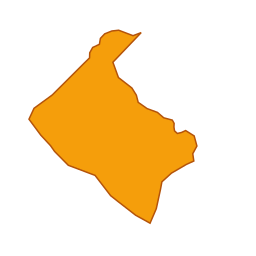 the County of Mityana, rotated 140°
{"feature_id": "UGA-3094", "entity_name": "Mityana", "entity_type": "County", "adm_level": 1, "iso_a3": "UGA", "parent_name": "Uganda", "parent_adm1": "", "projection": "robinson", "projection_center": [32.026, 0.462], "detail": "fine", "context": "isolated", "style": "filled", "palette": "amber", "viewbox_px": 256, "rotation_deg": 140, "n_neighbors": 0, "source": "natural_earth", "source_scale": "10m", "svg_char_len": 718}
<svg xmlns="http://www.w3.org/2000/svg" viewBox="0 0 256 256"><g transform="rotate(140 128 128)"><path d="M123.7,65.5L136.6,65.0L142.7,60.0L158.2,48.0L172.3,40.9L178.2,56.2L182.8,77.6L184.8,87.3L183.7,112.9L197.7,137.8L199.3,157.2L198.7,164.3L199.4,178.6L198.2,198.4L187.3,203.5L164.8,202.0L158.8,202.5L119.2,205.9L112.4,206.4L109.0,210.2L103.3,212.4L96.1,210.5L91.5,214.4L85.3,215.1L78.0,212.7L72.3,208.9L64.8,195.5L56.6,192.6L97.3,188.1L102.9,172.8L99.3,156.1L100.5,147.8L103.7,141.1L100.9,130.6L95.4,121.0L94.1,112.9L89.0,105.6L89.7,101.9L92.2,99.2L94.2,95.9L93.7,92.1L89.9,90.2L85.5,89.0L82.4,79.4L86.8,69.9L94.9,66.7L98.8,60.4L106.8,62.6L123.7,65.5Z" fill="#f59e0b" stroke="#b45309" stroke-width="1.5"/></g></svg>